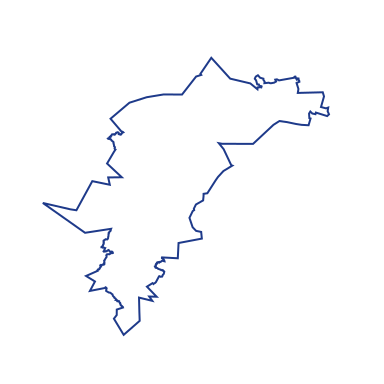 the district of Coneto de Comonfort, Durango, Mexico, rotated 260°
{"feature_id": "50627088B46470602439176", "entity_name": "Coneto de Comonfort", "entity_type": "district", "adm_level": 2, "iso_a3": "MEX", "parent_name": "Mexico", "parent_adm1": "Durango", "projection": "robinson", "projection_center": [-104.882, 25.009], "detail": "fine", "context": "isolated", "style": "outline", "palette": "blue", "viewbox_px": 384, "rotation_deg": 260, "n_neighbors": 0, "source": "geoboundaries", "source_scale": "gbopen_adm2", "svg_char_len": 5749}
<svg xmlns="http://www.w3.org/2000/svg" viewBox="0 0 384 384"><g transform="rotate(260 192 192)"><path d="M244.0,283.9L246.7,290.4L244.3,297.8L240.9,306.3L239.1,311.6L237.5,318.4L243.8,321.5L244.3,320.4L248.9,320.9L250.7,322.5L248.4,324.1L247.2,327.1L248.7,327.8L243.3,338.3L244.7,340.4L248.0,339.6L251.5,340.8L251.1,338.5L253.3,333.8L263.2,338.6L267.5,338.1L271.2,313.4L275.0,314.7L281.2,313.9L281.9,316.9L283.0,316.9L283.4,316.5L285.3,316.6L285.6,315.5L285.3,315.3L284.6,314.7L286.0,314.1L287.7,313.9L287.8,313.6L287.7,313.1L286.8,313.2L286.8,297.1L288.2,295.2L288.2,293.5L286.2,294.0L285.4,291.8L285.4,288.6L285.7,287.6L286.3,286.6L286.6,282.2L288.1,282.7L290.0,281.8L291.2,282.0L292.7,278.9L295.5,277.2L294.7,275.1L293.9,274.3L292.6,273.5L290.8,274.5L286.7,274.9L286.4,275.6L286.4,276.2L286.3,276.5L285.3,276.7L284.7,277.2L284.4,278.0L284.1,277.6L283.6,278.7L283.0,278.4L283.2,278.0L283.4,277.8L283.3,277.5L283.6,274.8L281.8,274.3L288.8,268.3L297.0,249.3L320.8,234.3L306.9,220.8L305.7,221.4L305.0,216.1L289.7,199.1L293.0,181.0L293.2,163.8L290.8,145.9L278.3,124.5L264.0,132.9L263.9,133.1L263.6,133.5L263.5,133.9L263.0,134.5L262.7,134.7L262.6,134.2L262.3,133.6L262.2,133.3L261.6,132.5L261.4,132.6L261.1,132.3L260.8,131.8L260.9,131.3L261.4,131.1L261.5,131.0L261.5,130.7L261.6,130.3L261.6,130.1L261.7,129.9L262.4,130.1L263.2,130.0L263.4,129.6L263.6,129.5L263.8,129.0L263.6,128.0L263.4,128.1L262.3,126.3L261.9,126.0L261.9,125.8L261.9,125.6L262.2,125.5L262.5,125.3L262.5,124.9L262.3,124.7L262.5,124.2L262.5,123.9L262.7,123.4L262.1,122.7L261.6,122.5L261.5,122.1L261.3,122.1L261.2,121.7L260.6,121.6L260.6,120.9L260.6,120.7L259.4,120.9L259.9,120.6L259.9,120.4L259.7,119.8L259.6,120.1L259.4,120.1L259.3,119.5L259.3,118.7L259.2,118.6L258.9,118.7L258.7,119.3L258.7,119.6L258.5,120.3L258.3,120.4L258.2,120.5L258.3,120.8L257.6,121.5L256.7,121.7L256.3,122.1L256.1,122.2L255.1,123.2L254.6,123.4L254.2,123.2L253.8,123.1L253.2,123.3L252.3,123.2L251.7,123.4L250.6,123.2L249.5,123.9L248.3,123.3L247.5,123.5L247.1,124.0L245.1,122.1L234.8,113.3L218.7,125.4L220.9,112.0L213.4,112.3L220.0,95.7L194.1,75.0L196.1,69.1L207.1,43.2L170.4,79.6L169.8,105.9L169.2,105.5L168.6,105.4L168.3,105.1L168.0,105.1L167.7,104.9L167.2,103.8L167.0,103.6L166.4,103.4L166.3,103.0L166.2,102.8L165.6,102.7L165.3,102.8L164.9,102.6L164.8,102.4L164.1,102.3L163.3,102.1L163.1,102.1L162.5,101.7L161.3,101.4L160.7,101.1L160.5,100.8L160.2,100.6L160.0,100.3L160.2,99.5L160.5,98.7L160.4,98.5L160.1,98.2L160.0,97.8L160.0,97.6L159.8,97.3L159.7,96.9L159.5,96.5L159.1,96.3L158.9,96.3L158.5,96.5L158.1,96.3L157.7,96.4L157.4,96.1L157.1,96.0L156.9,96.1L156.6,96.0L156.3,96.1L155.6,95.5L155.4,95.2L154.9,95.1L154.6,94.9L154.5,94.7L154.0,94.0L153.5,93.2L153.4,93.2L153.4,93.6L153.1,93.9L152.7,94.4L152.8,95.1L152.6,95.3L152.3,96.0L152.0,96.0L151.6,96.3L151.6,96.6L151.4,96.5L151.3,96.3L151.1,96.3L150.2,95.6L149.4,95.3L148.9,94.6L148.7,94.7L148.6,94.8L148.7,95.2L148.5,95.4L148.5,96.3L148.4,96.7L148.4,96.8L148.7,97.1L148.5,97.8L149.0,98.5L149.4,99.7L149.4,99.8L148.7,100.0L148.2,100.5L147.3,100.9L147.1,101.4L147.3,102.0L147.3,102.7L146.9,103.1L146.5,103.4L145.9,103.5L145.7,103.5L145.6,103.1L145.8,102.1L145.8,101.7L145.0,99.8L145.3,98.9L145.4,97.6L145.3,97.2L145.1,97.0L144.4,96.6L144.1,96.8L143.5,96.7L142.7,96.5L142.5,96.3L142.2,95.9L140.5,94.4L140.2,94.1L139.9,94.1L139.5,93.5L138.5,93.6L138.1,93.4L137.7,93.5L137.6,93.4L137.3,93.0L137.1,92.9L136.5,93.3L136.0,93.1L135.7,92.4L136.1,91.8L136.1,91.4L135.8,91.0L135.8,90.7L135.7,90.4L135.4,90.2L135.3,89.9L135.4,89.6L135.9,89.7L136.0,89.6L135.7,88.9L135.3,89.0L134.9,89.1L134.5,89.0L134.2,89.2L133.9,88.5L133.5,88.3L133.2,87.9L132.7,87.9L132.4,87.4L132.0,87.2L131.9,86.9L132.0,86.3L131.7,86.0L131.9,85.9L131.5,85.4L131.1,85.0L130.7,85.2L127.7,73.1L120.7,80.9L112.3,74.3L112.6,90.0L113.1,90.3L112.6,91.0L111.9,91.2L110.3,90.4L109.4,90.3L107.4,92.7L107.2,93.7L106.5,94.5L105.3,95.5L105.0,95.9L104.2,96.0L103.6,96.0L102.3,96.8L101.9,97.2L101.4,97.1L101.2,97.2L100.6,98.0L100.4,98.1L100.2,98.3L99.6,98.3L99.0,99.0L98.9,99.0L98.7,98.6L98.4,99.3L98.0,99.8L97.7,99.8L97.6,99.5L97.6,99.4L97.4,99.4L97.3,99.6L97.5,100.2L97.2,101.0L96.9,100.8L96.4,101.3L96.0,101.5L95.7,101.5L95.3,102.0L94.9,102.0L94.6,101.8L94.3,101.9L93.9,102.0L93.7,102.2L93.3,102.0L92.2,102.7L92.0,103.1L91.5,103.2L91.0,103.8L90.8,103.7L90.2,103.9L89.3,97.5L83.9,96.5L80.8,93.1L63.2,99.9L74.2,118.1L83.4,119.4L97.2,121.5L91.7,134.0L96.5,131.7L95.0,139.0L106.6,131.2L109.1,137.3L108.1,138.1L108.5,138.5L108.7,139.6L108.9,139.9L109.5,140.8L114.7,144.9L114.8,145.1L114.8,145.3L113.9,146.5L113.9,146.8L114.0,147.4L113.9,147.9L114.4,148.3L114.9,148.5L115.1,148.7L115.4,148.8L116.3,150.0L117.5,150.5L118.4,150.9L118.8,150.7L119.0,150.2L119.3,149.9L119.5,150.0L120.2,149.6L120.1,149.2L120.3,148.2L120.7,148.0L120.7,147.8L120.9,147.6L121.2,147.3L121.4,146.7L121.8,146.1L122.0,145.7L122.3,145.2L123.0,144.8L123.4,144.0L123.6,143.8L123.5,143.4L123.8,143.0L124.2,143.0L124.5,142.7L124.9,142.6L124.9,142.9L125.0,143.1L125.3,143.5L125.9,143.4L125.9,143.6L126.4,143.9L126.9,143.9L127.2,144.1L127.6,144.2L127.8,144.6L127.7,145.0L128.0,145.1L127.8,145.3L128.7,145.9L128.9,146.4L128.8,147.0L128.3,147.3L128.6,147.6L128.5,147.8L128.7,148.0L128.5,148.3L128.7,149.2L129.2,149.9L129.6,150.8L129.2,151.4L129.0,151.7L128.9,152.0L128.5,152.9L128.8,152.9L129.1,152.6L129.8,152.7L130.2,152.4L130.8,152.3L131.2,152.2L131.9,151.3L132.1,150.9L132.4,150.9L132.8,151.1L129.2,166.5L144.1,169.9L144.4,193.6L151.1,194.1L153.0,189.3L157.2,186.5L167.0,185.0L173.1,189.4L173.8,191.0L175.2,190.9L179.0,193.7L181.8,201.5L185.7,202.6L188.2,203.1L188.1,206.9L199.5,217.4L202.3,220.2L207.2,226.6L211.0,236.3L211.6,235.3L228.7,230.6L235.4,226.9L234.2,230.2L228.8,260.5L244.0,283.9Z" fill="none" stroke="#1e3a8a" stroke-width="2"/></g></svg>